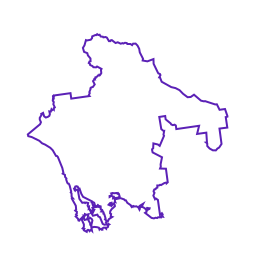 outline of Dunedin City, Otago, New Zealand, rotated 82°
{"feature_id": "76426892B14381320629181", "entity_name": "Dunedin City", "entity_type": "district", "adm_level": 2, "iso_a3": "NZL", "parent_name": "New Zealand", "parent_adm1": "Otago", "projection": "natural_earth1", "projection_center": [170.467, -45.641], "detail": "fine", "context": "isolated", "style": "outline", "palette": "violet", "viewbox_px": 256, "rotation_deg": 82, "n_neighbors": 0, "source": "geoboundaries", "source_scale": "gbopen_adm2", "svg_char_len": 5972}
<svg xmlns="http://www.w3.org/2000/svg" viewBox="0 0 256 256"><g transform="rotate(82 128 128)"><path d="M141.3,37.5L141.4,29.6L130.8,29.7L130.6,28.0L130.0,27.9L122.7,29.3L122.7,34.8L116.9,36.7L116.8,38.4L112.1,48.0L112.2,49.0L111.1,51.9L104.2,58.0L106.0,61.6L105.8,64.7L101.8,68.7L97.7,71.7L95.1,75.4L93.5,79.5L86.9,88.2L82.4,89.3L82.2,90.0L80.1,88.5L78.9,88.9L78.2,90.3L77.3,90.7L68.0,93.7L63.3,93.2L64.7,99.5L63.2,104.1L61.5,103.5L54.8,105.8L51.1,105.9L47.7,107.1L45.5,108.7L45.2,111.2L46.5,112.4L45.2,113.8L44.7,117.0L43.7,117.4L43.2,119.1L43.7,120.9L43.2,121.6L43.5,123.5L41.7,126.2L42.1,128.5L38.7,131.8L38.8,133.0L39.5,133.4L39.3,134.8L35.6,136.3L34.8,137.5L34.8,139.8L34.1,140.2L33.6,142.3L31.7,143.1L31.8,144.5L30.8,145.5L31.6,146.6L31.4,147.4L32.3,150.7L34.0,151.1L35.4,152.6L35.6,156.5L35.1,157.4L40.1,159.6L42.4,161.5L46.5,160.9L48.2,157.9L50.5,157.6L53.9,155.5L56.7,155.8L56.8,156.9L58.2,157.8L59.1,156.8L60.4,156.7L61.7,154.6L63.0,153.8L63.5,151.1L62.8,150.1L65.8,146.0L66.8,146.7L69.9,146.8L70.9,147.6L71.7,148.4L71.3,149.0L72.0,149.4L71.7,150.2L73.0,151.8L73.3,153.2L74.1,153.2L74.5,154.3L75.3,154.1L75.2,154.6L76.7,156.1L80.2,154.9L82.5,157.1L82.7,158.8L83.4,159.7L84.1,159.6L87.1,161.3L88.1,161.0L90.1,162.3L91.0,161.7L91.0,180.1L85.5,180.1L85.5,195.8L86.0,196.6L85.4,197.0L85.8,197.7L87.3,197.4L87.1,197.9L89.0,197.9L88.9,198.3L90.5,198.7L92.0,197.9L94.1,198.6L97.4,197.6L97.9,198.6L99.5,198.9L99.0,199.3L99.8,200.7L98.9,201.2L101.0,202.2L100.6,203.6L103.3,203.4L105.0,204.2L105.8,205.8L106.2,207.9L104.8,209.4L101.2,210.0L102.0,212.0L103.0,211.8L105.7,214.0L107.5,214.2L110.1,213.4L112.0,214.5L120.4,228.1L122.2,227.9L123.5,224.7L128.3,217.6L131.2,215.2L132.9,212.4L136.8,207.7L139.6,205.6L145.6,203.2L145.8,202.3L146.9,201.5L158.5,198.6L163.3,198.2L164.1,199.0L165.6,197.0L167.7,197.1L169.5,196.0L170.4,196.4L173.5,195.8L174.5,195.4L174.9,194.4L176.8,193.8L183.0,193.1L183.9,193.7L184.8,193.0L188.3,193.4L189.6,192.6L189.4,193.1L190.0,193.5L197.7,190.5L201.5,190.7L202.4,191.8L203.8,190.3L205.6,190.6L206.3,191.5L207.5,190.8L208.3,192.1L210.8,190.2L212.7,189.9L213.0,189.2L211.3,187.5L211.4,186.0L210.4,186.1L209.7,185.2L209.2,184.1L209.6,183.6L208.9,183.1L208.4,183.6L208.4,182.8L207.3,182.6L208.2,181.2L207.9,179.2L212.0,180.7L212.8,181.9L213.0,183.7L210.4,184.4L211.8,185.7L211.8,186.7L217.3,185.1L219.9,185.5L221.1,186.8L221.8,185.3L222.7,186.1L223.2,185.9L225.1,183.3L223.8,182.8L223.3,181.8L223.7,180.9L224.8,180.4L223.6,178.8L224.7,178.0L219.3,178.2L218.6,178.9L217.2,178.7L213.7,180.1L212.3,179.5L212.1,178.3L211.6,178.1L213.0,176.6L214.6,176.1L219.0,177.8L221.6,177.8L221.2,175.4L221.9,172.5L222.7,170.7L224.4,170.4L223.8,169.8L225.2,168.0L225.1,167.5L224.1,167.8L223.3,166.0L223.6,163.9L224.3,164.0L224.6,163.7L223.9,163.6L223.4,161.8L221.0,160.7L220.8,160.1L220.3,160.7L220.9,162.1L219.8,162.7L220.5,163.5L220.5,164.8L219.4,166.4L212.4,168.2L211.5,169.7L209.5,170.4L210.0,174.9L207.3,176.0L206.5,175.4L207.0,174.6L204.3,172.8L204.0,173.8L206.0,176.4L204.6,176.1L204.0,176.6L204.2,177.2L202.3,177.6L202.5,178.1L200.6,177.6L200.9,178.2L199.3,178.8L196.7,177.9L195.9,180.0L196.4,180.9L195.7,181.6L195.7,183.7L191.4,186.0L183.2,186.3L182.2,186.8L182.4,187.2L180.6,189.6L178.6,188.3L178.5,187.1L179.2,186.4L178.3,186.4L181.2,185.0L180.7,184.9L182.3,184.8L181.9,184.3L186.6,183.4L189.9,182.1L195.6,173.9L196.7,174.4L197.3,173.7L196.5,173.0L197.3,171.9L198.9,171.6L199.5,172.1L199.2,173.6L199.8,173.5L200.8,172.3L200.7,171.6L201.8,171.6L201.8,170.2L200.8,170.4L201.6,168.9L201.1,169.2L200.9,168.8L201.3,168.9L200.6,168.7L201.7,167.8L201.3,167.2L201.8,166.0L204.9,166.3L205.5,165.0L206.2,164.8L207.0,165.8L207.3,164.5L208.2,163.9L209.4,164.3L210.0,163.5L214.4,162.8L215.2,163.5L216.9,162.2L218.3,162.8L218.9,163.6L218.7,162.8L217.0,161.7L217.7,161.0L215.6,159.6L213.9,156.0L213.2,157.4L210.8,156.7L210.1,157.6L208.0,157.2L206.1,155.5L203.7,151.9L202.4,151.8L201.4,152.7L201.5,153.6L202.7,155.1L201.9,155.3L202.3,156.3L201.3,157.9L200.0,156.4L200.5,155.6L199.8,155.4L199.7,154.6L202.0,154.4L201.3,153.6L201.4,152.9L199.5,151.4L199.7,150.9L198.7,151.2L195.9,150.6L195.2,151.0L195.7,151.1L195.7,152.6L194.3,152.2L192.5,153.9L191.1,153.2L190.4,153.6L190.2,152.4L190.7,150.8L190.8,147.9L191.7,147.6L192.0,146.7L191.6,146.5L192.0,146.2L194.6,145.8L195.6,147.6L195.6,150.0L196.7,149.4L196.4,145.2L198.2,141.7L199.1,141.3L199.3,140.2L202.0,139.1L204.7,136.2L206.4,135.5L205.9,135.1L206.8,134.2L206.0,133.5L206.7,132.2L206.7,130.6L208.1,128.8L210.5,128.0L209.7,127.5L207.7,128.3L206.7,127.2L205.1,123.5L207.4,125.1L207.3,126.4L208.4,127.9L207.9,126.0L208.6,124.0L210.1,122.3L212.1,121.2L211.8,120.2L209.9,120.1L210.5,117.8L211.1,118.1L210.9,119.0L212.2,118.7L210.9,119.5L211.5,119.7L212.4,121.1L213.5,121.2L214.4,122.9L220.3,117.2L221.1,114.9L220.7,113.2L221.2,111.6L220.6,110.7L220.9,108.8L220.5,107.7L221.0,107.5L220.4,106.7L220.7,105.8L219.6,106.2L219.8,106.7L218.4,105.7L217.1,106.3L218.5,108.4L203.4,108.4L201.7,110.2L201.5,110.7L202.1,111.2L198.5,112.3L195.9,110.8L194.5,111.5L193.3,111.1L192.4,110.3L192.5,109.3L191.6,108.6L191.1,107.2L189.0,107.0L189.2,105.1L188.7,104.1L189.1,103.2L187.6,99.7L187.4,98.2L187.8,97.6L187.0,96.9L187.9,97.1L187.3,96.2L173.6,96.1L172.6,101.9L170.8,100.9L168.6,100.8L161.7,98.4L155.6,107.0L153.6,107.2L152.4,107.1L151.6,105.9L146.8,105.0L148.5,100.7L150.1,99.1L140.7,93.4L139.6,93.8L135.9,92.6L135.9,93.2L133.7,95.2L121.4,95.5L121.3,89.5L124.7,89.5L129.4,85.1L130.5,84.7L131.4,83.2L131.2,81.4L132.2,80.3L135.8,80.3L135.7,57.3L143.5,60.4L143.5,51.1L153.2,51.8L153.2,52.7L154.3,51.7L156.9,52.0L159.7,50.0L161.9,47.1L162.4,44.1L160.8,42.3L160.0,40.4L156.8,37.6L141.3,37.5ZM192.4,154.0L193.4,155.1L193.7,155.8L192.8,155.7L192.7,154.7L192.3,155.1L192.2,155.2L192.6,154.7L192.4,154.0ZM181.0,189.7L181.2,189.0L182.5,189.3L182.4,189.4L181.0,189.7ZM203.5,173.9L201.8,173.4L202.6,173.8L202.5,174.2L203.5,173.9ZM201.3,172.4L201.0,172.8L201.3,173.2L201.5,173.0L201.3,172.4Z" fill="none" stroke="#5b21b6" stroke-width="2"/></g></svg>